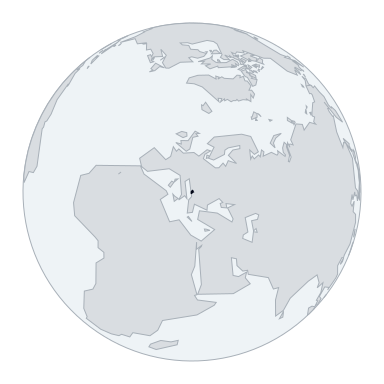 Trebinje on an orthographic globe, rotated 40°
{"feature_id": "BIH-4808", "entity_name": "Trebinje", "entity_type": "state/province", "adm_level": 1, "iso_a3": "BIH", "parent_name": "Bosnia and Herzegovina", "parent_adm1": "", "projection": "orthographic", "projection_center": [18.312, 43.002], "detail": "fine", "context": "on_globe", "style": "filled", "palette": "ink", "viewbox_px": 384, "rotation_deg": 40, "n_neighbors": 0, "source": "natural_earth", "source_scale": "10m", "svg_char_len": 10700}
<svg xmlns="http://www.w3.org/2000/svg" viewBox="0 0 384 384"><g transform="rotate(40 192 192)"><circle cx="192" cy="192" r="169" fill="#eef3f6" stroke="#a8b0b8"/><path d="M114.1,42.1L124.2,38.5L119.5,40.6L122.5,39.9L128.6,37.4L131.9,36.0L150.6,33.1L171.3,29.8L177.0,27.7L176.4,29.3L186.6,25.2L197.3,24.5L185.7,26.1L184.9,26.9L192.4,26.5L193.2,27.4L197.3,27.8L197.6,29.0L190.8,30.2L190.9,31.1L196.2,30.9L199.8,32.2L192.0,32.4L197.5,34.8L187.2,38.2L166.1,39.2L160.8,43.5L140.2,51.1L142.5,52.0L136.2,56.0L136.5,58.5L132.6,59.6L136.3,60.8L139.8,59.4L142.5,59.5L143.0,61.0L138.1,62.5L137.2,62.0L136.0,63.2L133.3,63.4L134.9,64.2L129.0,66.0L135.6,66.5L131.4,70.0L127.2,70.6L126.8,67.5L116.1,62.5L111.8,62.9L106.1,66.2L97.1,78.5L92.6,80.5L87.2,85.4L90.0,85.5L95.3,81.8L99.2,83.5L105.1,79.2L107.6,79.5L114.0,76.6L113.9,80.5L110.3,85.9L104.9,88.6L103.2,91.2L109.0,91.7L99.7,100.1L94.8,111.9L92.3,113.9L86.2,111.9L84.4,103.8L76.4,102.7L82.4,107.1L76.1,112.8L75.4,115.4L76.2,117.4L79.0,116.8L77.0,119.7L70.3,116.1L72.0,113.4L74.1,114.4L73.2,110.9L68.6,109.1L65.8,112.5L61.9,107.5L59.8,109.9L57.8,110.5L61.4,106.7L54.9,113.6L49.9,111.1L40.9,123.6L48.8,109.5L51.0,104.2L53.0,99.3L51.5,101.2L56.1,93.0L56.8,90.8L54.4,94.0L62.5,83.4L71.5,73.6L81.2,64.5L91.6,56.1L102.6,48.6L114.1,42.1ZM41.8,114.6L42.5,113.4L40.5,118.2L37.5,123.6L41.8,114.6ZM35.0,129.6L32.4,136.9L30.7,141.8L35.0,129.6ZM27.3,154.3L27.0,155.8L25.6,163.2L26.5,161.9L27.0,165.3L25.2,172.5L26.9,169.4L26.2,176.3L28.4,188.3L27.8,189.0L29.3,207.9L34.0,222.9L35.1,230.9L34.3,232.8L36.6,237.7L36.6,239.9L48.4,258.7L56.7,271.9L58.0,279.1L54.0,281.1L57.3,292.8L52.7,287.6L45.9,276.8L39.9,265.6L34.8,253.9L30.6,241.8L27.3,229.5L24.9,216.9L23.5,204.3L23.0,191.5L23.6,178.7L25.0,166.1L25.9,161.2L26.7,157.2L26.6,157.4L27.3,154.3ZM38.5,127.1L33.7,144.5L34.0,138.6L34.4,138.7L36.1,133.4L38.5,125.8L39.4,121.3L38.5,127.1ZM41.8,125.7L42.4,123.3L42.1,125.2L41.8,125.7ZM133.3,35.4L128.7,37.3L122.8,39.4L126.6,37.6L133.3,35.4ZM144.5,32.5L142.6,33.4L139.4,33.5L141.5,32.9L144.5,32.5ZM180.9,26.3L177.0,26.8L180.5,26.1L180.9,26.3ZM197.8,27.7L198.7,27.4L200.4,27.8L197.8,27.7ZM113.6,74.7L113.8,75.6L112.5,75.7L113.6,74.7ZM116.3,72.7L114.6,72.1L115.7,71.1L116.6,71.5L116.3,72.7ZM202.5,30.1L205.0,31.0L201.3,30.2L202.5,30.1ZM118.0,73.7L117.7,69.4L119.5,67.6L124.7,67.7L118.0,73.7ZM205.7,31.7L212.0,34.4L214.5,33.8L211.1,37.4L206.9,33.7L201.8,32.7L205.2,32.6L205.7,31.7ZM140.7,58.3L136.9,59.9L139.6,57.2L140.7,58.3ZM141.7,56.6L145.8,49.0L151.5,47.7L149.0,50.4L156.0,47.8L156.8,50.9L153.1,53.0L149.2,53.1L152.5,54.2L141.7,56.6ZM208.2,39.2L208.7,40.1L206.9,39.4L208.2,39.2ZM143.8,59.4L144.1,57.8L149.2,56.5L149.4,59.4L147.7,58.9L143.8,59.4ZM157.5,45.8L161.3,45.5L162.9,47.8L164.6,48.1L157.3,50.8L157.5,45.8ZM146.8,59.9L149.4,60.9L147.5,63.0L143.9,60.8L146.8,59.9ZM150.3,55.0L152.7,54.6L151.5,55.8L150.3,55.0ZM142.3,71.2L142.5,69.2L145.2,68.3L142.3,71.2ZM150.5,61.2L151.2,60.5L152.2,60.0L153.5,61.1L150.5,61.2ZM159.0,52.4L158.9,53.5L162.1,51.4L163.4,53.2L158.3,54.8L161.1,54.9L161.5,55.5L156.9,56.2L159.0,52.4ZM158.0,60.7L152.0,63.7L150.9,67.6L148.5,68.4L150.7,62.1L158.0,60.7ZM157.7,58.0L157.4,59.8L154.6,59.8L153.2,58.6L157.7,58.0ZM166.2,54.0L165.4,50.7L166.6,50.5L166.2,54.0ZM158.2,61.8L159.7,61.0L158.5,62.0L158.2,61.8ZM164.4,56.3L163.9,55.1L165.3,54.9L164.4,56.3ZM162.9,60.7L161.0,61.6L159.9,60.7L162.9,60.7ZM164.0,58.7L165.9,58.7L160.7,59.8L163.6,58.2L164.0,58.7ZM165.7,56.3L166.3,55.8L165.7,56.9L165.7,56.3ZM168.0,63.7L161.7,65.4L159.4,63.3L165.8,61.9L168.0,63.7ZM108.1,276.3L96.1,250.8L101.1,243.9L101.4,233.2L135.7,205.1L143.7,209.1L171.4,207.6L175.0,209.2L172.5,218.1L194.0,229.2L200.0,221.6L218.7,225.8L230.6,223.7L233.5,206.2L214.0,209.4L209.8,201.6L224.9,191.9L241.9,189.3L240.8,186.2L229.5,181.3L232.7,174.3L225.5,179.0L228.9,181.8L224.4,185.0L221.0,182.7L222.3,180.2L217.0,179.6L212.2,192.1L215.2,196.3L201.7,199.8L205.4,207.3L201.9,211.2L194.5,200.1L194.7,195.8L181.4,183.6L179.9,188.4L192.4,200.4L188.8,199.5L186.9,206.7L185.5,200.6L172.2,186.9L159.6,188.8L144.6,204.8L137.0,204.9L130.2,199.8L134.6,182.3L151.1,184.1L152.8,178.5L148.6,169.3L153.9,170.8L154.2,167.5L160.4,167.8L168.1,160.5L174.2,160.1L176.4,149.9L179.9,148.5L177.6,154.8L179.3,159.2L194.3,158.5L197.0,156.2L197.2,149.9L201.3,150.7L199.6,144.7L207.8,141.5L196.3,140.5L196.3,133.6L200.8,128.0L198.7,125.7L191.4,134.9L190.3,138.8L192.7,142.4L188.0,153.6L183.0,155.5L180.1,143.5L172.7,145.1L173.7,135.6L192.9,115.8L201.3,111.7L217.0,118.6L215.6,123.1L209.2,122.7L215.9,129.2L215.0,125.7L218.4,126.6L219.2,120.8L221.7,121.2L218.2,115.1L221.3,115.0L223.5,118.8L227.3,110.6L233.5,109.1L233.2,107.1L231.1,105.4L240.4,104.9L239.8,103.5L236.5,103.0L233.1,100.0L230.6,94.7L234.0,94.8L235.3,96.7L243.2,101.2L246.2,106.7L247.3,106.3L245.5,101.5L235.9,96.0L233.5,92.8L238.3,94.8L236.4,93.8L236.2,92.2L239.2,90.9L234.1,88.6L227.9,73.0L233.1,69.3L238.1,72.5L237.3,63.0L243.2,60.5L240.1,60.0L237.7,55.7L235.8,56.4L234.2,55.8L227.1,46.0L228.0,44.1L221.5,40.2L219.9,40.0L218.9,41.1L211.1,37.4L214.5,33.8L217.8,34.2L217.7,32.0L225.4,33.5L231.8,34.1L240.4,37.6L244.6,38.1L244.1,37.2L249.4,37.4L262.5,41.7L254.4,42.0L235.4,38.2L243.4,39.9L242.3,40.8L245.6,42.3L251.2,43.6L251.4,42.9L264.2,53.0L279.1,61.1L276.2,56.5L278.7,55.8L293.2,63.0L314.6,83.8L318.2,84.7L321.3,87.5L324.5,92.5L320.1,88.5L319.5,90.1L316.6,87.3L320.3,94.6L316.2,91.0L321.0,98.8L323.8,100.0L322.1,94.7L328.1,103.5L331.7,104.0L336.8,110.1L346.4,130.1L349.2,142.3L350.3,145.0L349.0,145.9L350.9,154.8L356.3,161.3L357.4,165.3L358.8,179.8L358.2,177.1L354.7,179.4L356.7,190.1L359.4,190.8L360.5,197.4L359.5,199.9L358.2,194.5L356.9,195.0L355.3,186.2L350.6,177.3L349.5,184.9L347.7,179.8L341.1,175.1L338.4,185.7L335.5,210.2L338.1,223.8L335.8,233.3L325.4,221.1L319.8,209.6L316.7,214.0L305.5,208.5L288.0,218.9L284.9,216.2L281.8,219.9L273.8,219.5L269.0,214.6L264.4,217.0L277.1,229.5L282.0,226.9L285.3,218.3L288.0,223.5L295.6,224.9L289.0,243.3L262.1,266.7L258.7,256.9L233.9,231.5L234.2,227.7L234.0,227.3L233.7,226.6L232.3,233.0L227.7,227.4L241.8,247.0L244.6,255.7L261.8,267.5L260.4,269.6L265.6,271.2L281.5,261.0L281.8,264.5L274.8,283.0L252.0,309.4L254.6,319.9L252.2,329.1L237.1,337.8L237.5,343.0L229.5,346.3L228.4,349.0L221.4,352.5L210.2,355.8L192.2,356.7L191.8,354.9L183.9,350.7L173.2,337.1L178.5,330.1L177.2,323.9L164.1,308.0L167.0,299.2L163.3,294.9L155.8,295.0L151.4,289.7L146.8,288.8L117.4,285.6L108.1,276.3ZM124.8,222.3L124.1,225.6L124.8,222.3ZM260.7,195.0L270.4,191.9L264.6,182.9L267.8,181.0L264.6,178.8L264.1,182.2L256.1,175.7L259.8,170.9L257.8,166.6L254.5,167.5L249.2,177.4L260.5,186.7L258.9,191.9L260.7,195.0ZM28.5,188.6L28.6,191.5L28.1,189.5L28.5,188.6ZM32.8,140.5L32.3,143.1L31.7,145.4L31.8,143.9L32.8,140.5ZM32.3,161.5L32.4,165.0L31.8,162.5L32.3,161.5ZM33.2,147.1L32.2,159.0L30.9,155.2L31.8,147.8L31.9,151.2L33.2,147.1ZM39.4,128.3L38.9,130.4L38.2,131.1L39.4,128.3ZM41.6,127.2L41.6,126.7L42.4,124.9L41.6,127.2ZM76.5,113.0L76.9,113.4L77.2,115.8L75.9,115.4L76.5,113.0ZM85.5,122.9L82.1,127.4L83.6,123.8L81.2,123.9L81.3,116.7L91.1,114.6L86.6,116.7L85.5,122.9ZM84.2,107.1L83.0,111.5L84.0,106.8L84.2,107.1ZM149.8,149.9L152.2,152.4L150.2,156.1L142.5,157.6L145.2,152.2L149.8,149.9ZM156.0,155.2L155.3,143.4L160.0,142.4L157.5,144.9L160.7,145.4L157.5,149.6L162.7,160.5L161.4,164.5L147.8,164.5L153.0,162.1L150.4,159.7L156.0,155.2ZM145.0,118.7L144.7,114.5L155.4,117.4L154.4,121.0L146.7,122.5L143.3,119.1L145.0,118.7ZM127.3,75.2L126.5,74.0L127.9,73.5L129.7,74.1L127.3,75.2ZM142.2,70.3L132.2,79.9L130.8,79.0L126.6,86.1L121.2,86.6L124.1,81.9L116.9,87.8L117.4,83.8L112.9,88.2L119.8,77.6L120.0,74.5L121.9,77.7L126.8,77.3L128.9,76.2L135.1,70.8L137.8,64.3L143.1,63.2L146.1,64.1L146.3,65.5L142.8,65.7L145.5,67.4L140.6,68.9L142.2,70.3ZM178.5,80.7L174.4,79.6L179.0,84.9L174.1,85.7L175.0,86.2L171.7,88.5L169.2,92.4L166.9,92.2L166.9,93.8L164.8,95.5L164.0,97.7L159.6,98.3L158.4,101.1L157.0,99.8L156.0,104.6L154.7,101.3L151.8,103.4L154.6,105.5L132.4,104.9L124.1,107.7L117.8,112.1L116.5,106.4L121.5,98.8L129.6,91.7L137.8,90.0L135.7,87.9L139.0,86.6L139.3,88.8L140.8,84.6L143.6,84.2L150.8,78.9L151.4,73.6L154.0,71.7L155.2,73.6L157.0,70.4L161.1,72.8L163.1,71.5L169.0,72.8L170.2,77.4L172.3,75.7L177.0,76.8L178.5,80.7ZM169.6,64.1L172.1,69.0L170.6,72.0L160.8,68.6L158.5,69.4L152.1,67.8L154.4,63.6L156.0,64.4L158.1,64.3L156.5,65.6L159.3,64.5L161.6,65.6L164.4,65.1L164.4,66.8L169.6,64.1ZM178.7,205.9L181.4,206.3L185.5,205.9L184.4,210.6L178.7,205.9ZM169.5,196.7L171.9,196.2L172.3,202.3L169.5,202.0L169.5,196.7ZM172.8,191.0L172.0,195.7L170.8,193.0L172.8,191.0ZM179.7,154.1L182.2,153.3L182.7,154.8L181.4,157.1L179.7,154.1ZM191.2,98.0L189.1,96.5L189.7,95.7L187.8,90.9L191.3,90.2L193.8,92.8L191.2,98.0ZM230.4,209.8L227.2,213.7L225.3,212.4L226.8,211.3L230.4,209.8ZM204.9,213.0L210.9,214.6L204.5,214.3L204.9,213.0ZM194.7,96.4L193.5,94.5L196.0,95.3L194.7,96.4ZM193.8,89.4L196.6,89.9L191.5,89.6L193.8,89.4ZM278.8,318.6L265.8,335.7L258.5,338.3L258.0,335.2L263.5,325.8L272.3,320.3L276.8,314.5L278.8,318.6ZM359.9,210.5L359.5,211.9L355.9,206.0L357.3,202.3L360.4,200.8L360.3,203.3L360.6,203.1L359.9,210.5ZM360.9,188.2L360.8,185.0L360.8,184.1L360.9,188.2ZM338.8,224.5L342.0,229.5L340.4,232.9L338.8,224.5ZM352.8,140.2L352.7,139.9L352.2,138.3L352.8,140.2ZM352.0,148.6L352.2,152.1L351.4,150.4L350.5,144.9L352.0,148.6ZM340.7,115.4L343.9,120.5L345.0,122.8L343.6,121.0L340.7,115.4ZM222.7,89.7L221.5,96.9L222.9,102.1L227.3,104.8L220.5,104.3L218.4,96.2L222.7,89.7ZM226.9,74.9L223.1,72.9L225.0,72.0L226.2,72.3L226.9,74.9ZM224.4,74.9L219.1,75.9L217.1,73.6L221.7,73.3L224.4,74.9ZM207.0,85.6L206.3,87.7L204.3,87.0L207.0,85.6ZM352.0,137.7L352.3,138.5L348.5,129.3L347.5,126.5L350.8,134.4L352.0,137.7ZM321.2,84.7L319.3,83.0L317.3,80.3L319.2,82.2L321.2,84.7ZM309.2,71.0L316.2,79.1L321.4,86.2L321.5,85.7L325.9,90.7L323.8,89.5L317.5,81.7L314.1,77.1L310.2,73.5L305.7,68.8L301.4,65.8L298.3,63.2L301.1,64.5L309.2,71.0ZM299.6,64.8L290.5,59.1L288.4,56.0L290.0,56.5L295.0,60.4L295.8,61.7L299.6,64.8ZM287.7,56.9L288.3,58.3L276.3,55.0L273.3,53.7L281.3,54.0L282.4,55.4L285.7,56.9L287.7,56.9ZM210.3,39.9L208.8,40.1L209.4,39.4L210.3,39.9ZM233.2,56.3L231.1,55.5L231.8,54.5L233.2,56.3ZM225.5,52.8L226.2,54.5L224.1,52.6L225.5,52.8ZM227.8,58.5L225.7,55.1L229.7,58.4L227.8,58.5Z" fill="#d9dde1" stroke="#a8b0b8" stroke-width="1"/><path d="M192.3,193.3L192.2,193.3L192.1,193.1L191.9,192.9L191.8,192.7L191.7,192.6L191.5,192.4L191.4,192.3L191.4,192.2L191.4,191.9L191.4,191.7L191.4,191.4L191.5,191.4L191.4,191.1L191.4,190.9L191.4,190.7L191.5,190.7L191.9,190.7L192.1,190.7L192.1,190.9L192.1,191.0L192.3,191.1L192.6,191.2L192.7,191.3L192.8,191.3L192.7,191.5L192.7,191.9L192.4,192.0L192.3,192.3L192.3,192.5L192.4,192.8L192.5,192.9L192.5,193.0L192.4,193.2L192.4,193.3L192.3,193.3Z" fill="#0f172a" stroke="#020617" stroke-width="1.5"/></g></svg>